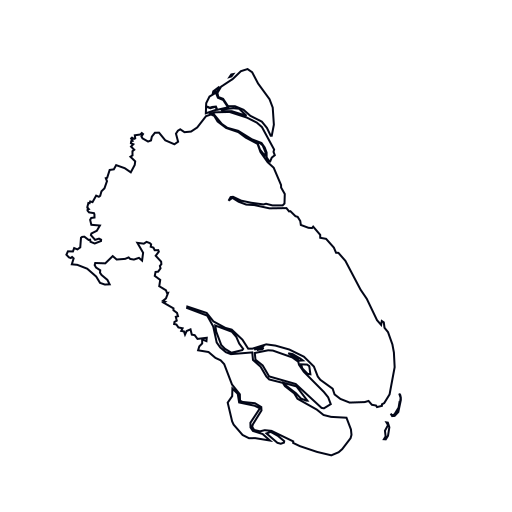 outline of Pyapon, Ayeyarwady, Myanmar, rotated 287°
{"feature_id": "60261553B36201163114452", "entity_name": "Pyapon", "entity_type": "district", "adm_level": 2, "iso_a3": "MMR", "parent_name": "Myanmar", "parent_adm1": "Ayeyarwady", "projection": "orthographic", "projection_center": [95.471, 16.16], "detail": "fine", "context": "isolated", "style": "outline", "palette": "ink", "viewbox_px": 512, "rotation_deg": 287, "n_neighbors": 0, "source": "geoboundaries", "source_scale": "gbopen_adm2", "svg_char_len": 6092}
<svg xmlns="http://www.w3.org/2000/svg" viewBox="0 0 512 512"><g transform="rotate(287 256 256)"><path d="M146.7,247.0L145.9,252.7L143.3,257.2L126.1,270.6L119.0,281.0L113.0,283.0L112.5,285.7L114.9,298.0L113.1,305.2L109.9,306.4L94.0,302.2L91.5,302.3L89.1,305.1L89.5,311.1L92.0,315.3L93.3,322.0L89.6,345.8L88.1,346.2L87.0,353.5L86.5,371.6L87.4,386.3L92.5,392.4L96.5,394.9L109.4,399.7L112.9,399.6L117.9,397.5L127.8,389.8L124.1,374.8L123.7,367.1L126.9,359.0L131.6,337.4L135.8,332.7L140.0,321.7L142.5,318.8L141.8,304.7L143.8,301.1L151.5,292.7L155.7,283.5L162.7,280.6L154.8,260.7L155.2,255.3L158.1,248.5L161.8,243.7L176.1,235.7L184.7,226.8L186.1,205.3L187.6,205.1L187.1,225.5L181.0,234.4L178.3,247.7L178.5,254.3L172.0,267.5L165.1,275.6L166.3,279.6L174.5,291.6L176.0,300.8L176.3,315.2L173.7,331.3L167.2,343.7L158.8,350.3L156.4,353.7L151.5,368.1L146.6,371.6L144.0,378.5L143.2,388.4L148.1,402.7L150.3,406.0L147.6,410.3L148.1,414.5L146.9,415.9L149.5,420.2L151.0,419.8L152.8,421.6L162.7,424.2L190.2,421.1L204.0,416.1L211.3,412.3L221.8,404.5L224.9,399.9L229.9,397.6L230.6,395.3L226.7,395.8L230.0,390.5L247.4,374.5L254.4,365.8L277.5,342.9L283.1,333.9L282.5,331.6L286.8,328.0L292.9,318.0L292.2,312.1L295.0,311.2L300.8,302.1L299.1,301.4L298.3,297.9L298.8,289.8L302.4,288.1L305.6,284.4L305.6,282.1L308.9,275.8L308.3,274.6L310.7,271.1L305.5,254.9L304.2,239.5L302.3,231.6L302.8,223.5L304.7,216.4L300.9,213.6L304.9,214.5L305.9,216.7L304.6,225.6L305.5,235.7L307.5,248.1L308.9,250.3L309.2,256.9L312.2,266.7L314.5,267.9L323.7,265.4L328.8,260.0L331.2,259.2L345.6,247.1L349.1,239.7L356.8,229.8L363.7,224.7L366.2,211.6L369.3,202.9L369.7,190.0L373.4,179.9L377.8,175.1L378.2,171.6L375.1,167.3L361.7,162.2L356.0,157.5L353.5,151.4L355.0,146.5L353.0,144.7L349.6,143.7L342.5,148.1L339.0,145.3L340.1,135.4L345.6,127.2L344.3,123.3L339.7,121.5L335.8,121.8L333.9,119.3L335.3,113.1L336.8,111.5L339.6,112.3L340.2,110.8L338.4,109.9L336.0,104.8L333.2,106.1L332.3,105.1L332.9,102.8L331.9,102.2L330.0,104.3L329.3,103.1L327.3,103.4L327.0,106.0L324.1,104.5L322.0,108.5L320.1,107.2L316.1,108.5L314.2,106.9L311.2,112.8L307.6,113.4L299.4,111.8L301.6,104.8L302.0,95.7L297.3,94.7L295.5,90.9L287.3,90.8L286.5,89.6L284.0,91.6L276.4,91.3L272.7,89.3L268.0,89.4L266.7,88.4L267.0,85.5L259.7,83.9L259.7,81.5L257.8,81.4L257.7,80.2L253.3,80.4L252.0,82.3L251.5,81.3L250.2,81.6L248.9,83.6L249.6,88.5L248.6,89.3L245.6,90.3L244.2,87.3L242.1,86.8L237.7,89.4L239.5,97.8L233.6,96.4L229.4,92.0L227.7,92.0L224.4,97.4L226.7,100.8L226.3,103.1L225.0,103.4L220.8,98.1L221.2,93.6L223.1,92.6L222.4,91.3L224.3,86.2L223.4,84.1L222.3,83.3L212.9,85.4L210.1,83.3L210.4,79.8L206.8,79.6L205.5,74.8L201.8,74.3L200.0,77.5L199.9,79.5L201.3,80.4L200.4,82.3L194.2,82.3L195.3,87.7L194.5,98.3L189.6,109.2L184.7,114.7L184.5,119.8L186.1,124.3L189.7,120.9L192.7,113.8L194.4,111.7L196.8,111.2L198.2,106.4L200.1,104.4L202.3,104.3L204.9,114.0L214.0,119.0L211.9,123.8L215.0,131.7L217.4,134.6L216.4,136.6L216.9,140.3L220.0,144.6L218.3,148.4L226.1,147.1L233.9,138.7L235.0,145.1L237.5,147.2L237.3,150.6L236.5,152.3L234.1,152.6L234.0,155.5L231.9,157.4L233.0,160.8L231.7,161.8L226.9,160.0L222.9,166.9L220.5,167.9L218.4,167.0L216.3,168.3L212.4,167.0L211.4,164.6L207.4,165.0L205.1,171.4L198.8,172.3L196.9,179.9L194.5,181.8L195.0,182.7L189.1,182.3L185.9,180.1L185.7,182.4L184.4,181.0L181.8,192.4L180.0,192.9L178.5,197.1L175.6,199.0L174.4,197.1L171.0,199.1L169.1,197.3L167.0,197.6L167.2,199.9L165.0,202.7L165.4,206.9L162.5,206.4L162.8,209.2L160.1,211.1L164.0,211.6L166.7,214.8L162.0,217.6L162.4,220.5L159.6,224.3L163.4,232.8L160.1,233.5L160.5,228.9L156.6,230.1L153.0,228.2L148.9,228.2L150.3,238.7L146.7,247.0ZM375.6,235.9L386.8,234.7L402.8,228.6L409.9,223.1L421.6,207.5L430.6,198.6L432.3,193.2L428.3,187.5L418.6,182.1L407.7,173.1L400.7,171.4L397.0,173.5L396.7,178.6L391.1,185.4L393.1,192.1L392.2,201.3L388.4,209.6L386.2,222.3L381.7,229.0L375.3,234.9L375.6,235.9ZM136.2,370.8L142.0,366.3L145.8,360.7L159.3,335.5L164.6,328.9L167.3,327.3L169.6,320.4L170.5,299.8L169.4,295.2L162.9,283.2L156.7,285.8L153.3,294.4L144.7,303.7L145.2,331.4L129.9,363.1L130.2,365.5L136.2,370.8ZM363.1,242.2L381.0,224.0L383.8,217.8L385.7,206.7L386.0,188.5L381.6,175.3L379.1,171.6L378.9,174.7L372.3,184.7L370.2,191.1L370.5,202.4L366.4,217.9L365.7,228.2L362.3,232.6L358.0,235.9L353.5,237.3L350.4,241.0L350.5,241.9L354.7,242.3L357.9,244.5L360.7,242.3L363.1,242.2ZM115.0,274.2L107.5,271.8L90.9,281.5L88.2,283.9L80.9,295.5L79.7,302.6L81.6,308.5L83.6,323.3L87.7,314.4L87.8,304.2L90.4,300.9L94.9,299.4L111.5,304.3L112.4,298.4L111.0,282.7L118.9,278.8L122.3,272.2L115.0,274.2ZM163.4,270.9L167.4,265.5L172.8,260.9L176.5,255.1L177.6,237.4L172.0,240.1L160.7,248.8L158.2,253.4L156.3,260.7L162.0,270.4L163.4,270.9ZM390.0,185.8L395.6,179.0L396.2,173.3L400.4,169.9L394.9,164.9L387.7,163.7L384.3,164.5L384.6,166.1L384.2,169.1L384.8,169.2L385.7,170.5L387.2,174.0L384.5,176.2L390.0,185.8ZM132.7,347.4L143.1,332.9L142.8,320.1L140.8,322.6L136.4,334.4L132.8,340.7L132.4,346.2L132.7,347.4ZM87.2,337.1L90.4,329.5L92.1,321.5L89.4,317.9L83.6,331.1L83.7,334.6L85.7,337.3L87.2,337.1ZM387.3,205.9L391.9,196.8L390.7,191.1L386.4,181.2L385.4,180.8L384.8,182.2L387.4,190.5L387.3,205.9ZM158.8,342.6L166.3,339.1L167.1,336.6L165.6,330.8L162.0,333.2L158.4,339.8L158.8,342.6ZM357.7,235.0L363.7,230.1L365.2,226.7L364.7,224.3L358.9,228.7L354.6,235.0L357.7,235.0ZM384.4,175.5L387.0,173.9L384.0,169.1L384.2,164.6L377.8,166.3L384.4,175.5ZM135.2,430.8L135.0,429.4L132.9,431.7L126.6,430.4L121.4,432.7L118.2,431.9L118.6,433.7L122.7,434.8L131.2,433.6L135.2,430.8ZM145.0,434.7L143.4,432.8L144.6,430.9L142.7,433.0L143.6,435.3L148.4,437.7L160.7,436.6L162.9,435.9L165.2,434.6L166.3,433.2L162.6,435.8L156.7,436.8L157.2,436.1L152.7,436.7L145.0,434.7ZM407.2,171.5L401.0,167.0L399.5,167.1L402.3,170.8L407.2,171.5ZM171.4,326.0L172.9,319.7L172.4,315.3L170.5,323.8L171.4,326.0ZM169.8,331.3L171.0,327.9L170.0,324.1L168.4,327.6L169.8,331.3ZM171.7,289.4L168.2,283.5L166.0,281.7L170.3,289.0L171.7,289.4ZM423.3,181.0L422.4,179.3L419.5,178.4L420.6,180.0L423.3,181.0ZM170.3,290.1L169.4,289.1L166.3,284.3L168.8,289.3L170.3,290.1Z" fill="none" stroke="#020617" stroke-width="2"/></g></svg>